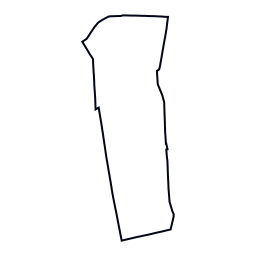 the district of Comuna 5, Ciudad de Buenos Aires, Argentina
{"feature_id": "61730980B98128397219365", "entity_name": "Comuna 5", "entity_type": "district", "adm_level": 2, "iso_a3": "ARG", "parent_name": "Argentina", "parent_adm1": "Ciudad de Buenos Aires", "projection": "equal_earth", "projection_center": [-58.421, -34.619], "detail": "fine", "context": "isolated", "style": "outline", "palette": "ink", "viewbox_px": 256, "rotation_deg": 0, "n_neighbors": 0, "source": "geoboundaries", "source_scale": "gbopen_adm2", "svg_char_len": 2336}
<svg xmlns="http://www.w3.org/2000/svg" viewBox="0 0 256 256"><path d="M108.6,170.6L109.7,176.5L109.8,177.6L110.3,180.1L110.4,180.9L110.7,182.5L110.8,183.4L111.6,188.0L111.7,189.0L111.9,190.2L112.2,192.1L112.3,192.2L112.4,193.4L112.6,194.4L112.9,195.8L113.5,199.1L113.8,200.6L114.8,205.4L114.9,206.2L116.2,212.4L117.0,216.5L117.6,219.6L118.1,222.5L118.4,223.8L118.5,224.6L119.5,229.4L120.6,235.2L121.7,240.6L126.4,239.5L132.0,238.2L136.6,237.1L137.5,236.9L138.5,236.7L138.9,236.6L141.2,236.2L141.6,236.1L141.8,236.0L146.6,235.0L147.3,234.9L151.1,234.0L151.3,234.0L152.0,233.8L152.3,233.7L157.4,232.5L162.9,231.3L167.3,230.2L168.1,230.0L169.1,229.8L170.6,229.5L171.6,225.2L171.9,223.9L172.8,220.1L173.6,216.8L173.7,214.3L173.4,213.6L172.1,210.5L171.7,209.0L169.7,202.3L169.5,201.7L169.1,195.6L169.0,194.7L168.6,189.7L168.5,188.4L168.3,182.3L168.1,179.3L167.9,173.8L167.8,170.7L167.7,169.8L167.7,168.0L167.4,160.8L167.3,159.9L167.1,158.9L166.7,154.7L166.3,149.6L167.5,149.3L166.2,143.4L165.9,143.5L165.5,136.9L165.1,131.3L165.1,130.3L164.9,124.4L164.9,123.3L164.6,115.7L164.4,109.4L164.2,102.3L163.2,98.6L162.4,95.7L161.9,94.4L161.4,93.1L159.6,88.7L157.8,84.4L157.3,77.2L157.1,74.4L157.0,70.9L159.2,69.4L159.9,66.4L160.0,65.9L161.1,59.9L162.0,54.6L162.7,50.5L162.7,50.3L162.9,49.4L163.7,44.6L164.4,40.8L165.3,36.0L166.4,29.4L166.5,28.8L166.6,28.1L167.1,23.8L168.0,16.9L167.7,16.9L167.4,16.9L163.7,16.7L162.6,16.6L157.1,16.3L153.0,16.1L152.9,16.1L151.6,16.1L151.0,16.1L146.6,16.0L146.0,15.9L145.8,15.9L140.2,15.8L139.9,15.8L139.2,15.7L135.0,15.6L133.9,15.6L133.1,15.6L128.5,15.5L124.7,15.4L124.3,15.4L122.2,15.5L120.6,16.0L115.8,16.1L110.4,16.3L109.9,16.4L109.4,16.4L108.5,16.6L104.6,18.6L104.2,18.8L103.7,19.1L101.5,20.4L99.0,22.0L98.8,22.2L97.9,22.9L97.1,23.9L95.1,26.3L94.9,26.5L94.6,26.9L91.5,31.5L91.0,32.2L88.2,36.5L86.9,38.5L86.7,38.8L83.1,41.2L82.3,41.7L86.3,48.3L89.5,53.7L93.0,59.0L93.2,64.9L93.4,68.6L93.5,69.5L93.6,72.6L93.8,73.8L94.0,77.7L94.2,81.4L94.3,85.4L94.4,86.5L94.6,89.8L94.7,90.6L95.2,98.2L95.3,101.8L95.6,109.4L98.7,107.6L98.8,108.4L100.5,118.6L101.3,123.5L101.5,124.5L102.4,130.5L102.5,131.4L102.6,131.5L103.4,137.2L103.9,140.6L104.3,143.3L104.5,144.5L105.7,152.7L105.8,153.5L106.7,159.3L107.0,160.8L107.5,163.9L107.6,164.6L107.8,165.6L108.4,169.2L108.6,170.6Z" fill="none" stroke="#020617" stroke-width="2"/></svg>